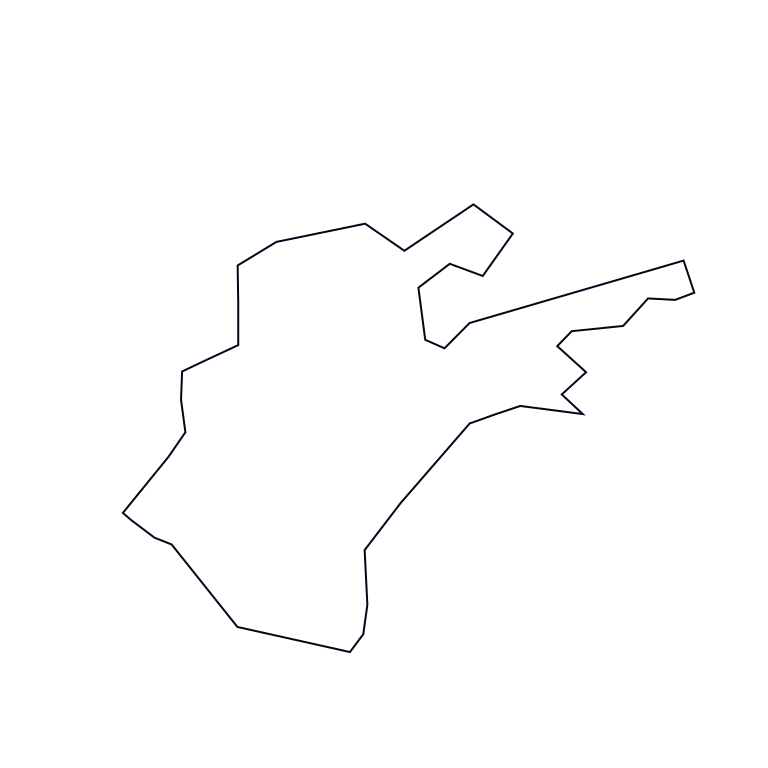 outline of Zafarabad, Jizzakh, Uzbekistan, rotated 128°
{"feature_id": "79887680B9171225127728", "entity_name": "Zafarabad", "entity_type": "district", "adm_level": 2, "iso_a3": "UZB", "parent_name": "Uzbekistan", "parent_adm1": "Jizzakh", "projection": "natural_earth1", "projection_center": [67.736, 40.329], "detail": "fine", "context": "isolated", "style": "outline", "palette": "ink", "viewbox_px": 768, "rotation_deg": 128, "n_neighbors": 0, "source": "geoboundaries", "source_scale": "gbopen_adm2", "svg_char_len": 682}
<svg xmlns="http://www.w3.org/2000/svg" viewBox="0 0 768 768"><g transform="rotate(128 384 384)"><path d="M338.3,556.3L380.7,572.3L409.7,548.9L443.1,522.8L476.6,539.9L498.4,550.8L521.2,534.4L544.3,510.8L573.9,509.0L646.4,510.4L646.9,498.9L646.4,470.1L641.2,452.6L665.7,349.9L616.2,245.8L593.9,246.3L568.2,261.2L526.8,297.0L467.5,297.6L362.4,292.2L340.7,278.5L317.5,263.2L285.3,208.8L282.8,237.5L250.3,232.0L247.5,270.8L226.8,268.6L191.0,231.3L154.0,228.6L138.5,206.4L121.0,195.7L102.3,223.9L283.2,354.1L318.6,358.3L323.8,378.7L286.9,416.2L248.8,406.2L238.1,372.7L186.1,375.1L187.4,424.1L266.5,450.0L269.3,497.6L338.3,556.3Z" fill="none" stroke="#020617" stroke-width="2"/></g></svg>